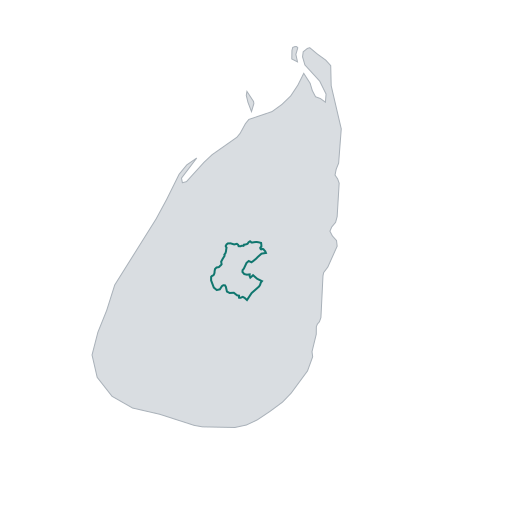 Mātale on a map of Sri Lanka (Albers equal-area conic projection), rotated 37°
{"feature_id": "LKA-2449", "entity_name": "Mātale", "entity_type": "District", "adm_level": 1, "iso_a3": "LKA", "parent_name": "Sri Lanka", "parent_adm1": "", "projection": "albers", "projection_center": [80.718, 7.7], "detail": "fine", "context": "in_parent", "style": "outline", "palette": "teal", "viewbox_px": 512, "rotation_deg": 37, "n_neighbors": 0, "source": "natural_earth", "source_scale": "10m", "svg_char_len": 2565}
<svg xmlns="http://www.w3.org/2000/svg" viewBox="0 0 512 512"><g transform="rotate(37 256 256)"><path d="M173.6,57.3L183.4,57.8L193.8,57.6L201.1,59.0L213.6,74.8L247.6,103.2L266.1,132.1L267.8,138.4L270.4,143.8L274.8,145.3L278.6,147.8L297.1,175.7L299.3,181.2L299.0,187.2L300.1,191.7L304.9,194.0L311.0,195.2L314.9,199.3L320.0,221.6L320.0,228.5L321.4,231.5L344.9,266.1L346.2,270.3L346.0,273.4L346.7,276.1L351.2,282.2L358.3,298.7L361.9,302.4L366.3,316.8L366.6,344.4L365.1,356.7L360.7,371.6L355.6,386.2L350.0,396.8L342.3,405.7L316.0,424.7L308.5,428.5L274.2,440.4L248.9,451.7L225.5,454.7L202.2,448.5L184.6,433.7L175.6,412.0L169.5,389.3L160.6,364.1L153.9,286.4L150.6,264.6L145.4,236.9L145.9,224.9L149.7,213.4L149.6,238.6L153.1,241.8L155.7,238.5L158.1,212.4L160.0,201.4L169.3,172.6L169.5,167.5L167.9,156.6L168.1,151.2L181.9,131.0L185.5,119.3L187.4,107.3L186.6,94.3L184.2,81.4L195.3,85.5L201.4,90.0L207.7,93.0L212.7,91.5L218.9,91.4L214.5,84.5L201.6,78.0L180.1,74.0L173.3,68.9L170.8,64.5L172.1,59.3L173.6,57.3ZM162.6,135.6L165.5,143.4L157.1,138.1L151.6,133.6L149.7,130.0L161.1,134.1L162.6,135.6ZM172.3,76.0L166.0,77.1L161.0,70.2L159.8,67.3L161.1,65.3L162.5,64.3L164.1,64.6L166.5,71.0L172.3,76.0Z" fill="#d9dde1" stroke="#a8b0b8" stroke-width="1"/><path d="M252.2,242.5L253.1,243.4L254.5,245.0L254.4,246.8L255.0,247.4L255.8,247.7L256.5,247.3L256.5,246.6L257.8,246.1L259.0,246.4L260.6,246.7L262.1,247.6L259.0,250.8L258.0,255.7L257.7,258.1L256.7,262.2L256.4,262.9L256.2,263.7L253.2,264.4L252.6,267.2L253.9,273.4L253.8,275.4L254.8,276.9L257.5,277.5L260.0,276.4L262.0,274.5L262.9,275.8L264.5,276.7L264.9,274.9L265.2,273.1L270.6,273.5L275.9,272.5L275.8,274.2L276.6,276.5L276.8,278.5L275.8,283.4L274.8,288.2L275.3,296.6L272.1,296.3L270.0,296.6L268.9,298.5L268.3,299.1L267.5,299.5L266.3,297.9L264.6,298.8L260.4,298.7L257.2,301.4L254.2,301.9L250.4,298.7L248.9,298.1L247.5,299.0L246.9,300.6L247.2,304.4L245.1,306.8L241.3,306.6L234.8,302.5L232.7,299.6L232.8,298.5L233.3,297.7L233.6,296.5L233.3,295.2L232.8,294.1L232.1,293.1L231.1,291.0L231.4,288.9L232.8,287.5L233.2,286.7L233.2,285.7L233.5,284.5L233.5,283.3L231.6,281.5L231.1,278.3L230.8,274.9L230.3,274.1L229.9,273.9L229.9,272.1L229.2,270.3L228.2,268.6L227.4,267.0L226.7,266.8L225.8,266.3L225.5,264.5L226.0,262.8L228.1,261.2L231.6,259.9L233.4,257.8L235.0,257.8L236.2,258.6L237.7,257.6L238.5,256.3L239.2,255.8L239.9,255.4L239.8,254.7L239.6,254.2L240.9,252.9L241.9,251.4L241.8,249.5L242.4,247.8L243.4,247.8L244.2,248.0L244.8,247.6L246.8,245.5L248.1,244.4L250.0,243.4L252.2,242.5Z" fill="none" stroke="#0f766e" stroke-width="2"/></g></svg>